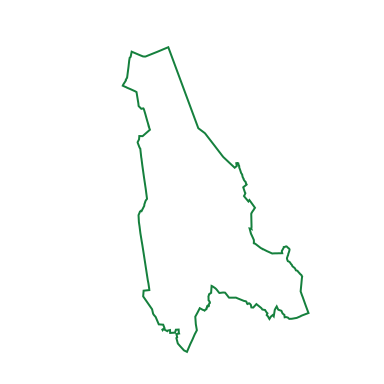 the district of Balvu pag., Balvu, Latvia, rotated 72°
{"feature_id": "27541924B22679886686853", "entity_name": "Balvu pag.", "entity_type": "district", "adm_level": 2, "iso_a3": "LVA", "parent_name": "Latvia", "parent_adm1": "Balvu", "projection": "robinson", "projection_center": [27.263, 57.093], "detail": "fine", "context": "isolated", "style": "outline", "palette": "green", "viewbox_px": 384, "rotation_deg": 72, "n_neighbors": 0, "source": "geoboundaries", "source_scale": "gbopen_adm2", "svg_char_len": 5786}
<svg xmlns="http://www.w3.org/2000/svg" viewBox="0 0 384 384"><g transform="rotate(72 192 192)"><path d="M272.7,121.7L273.1,121.8L276.0,124.9L278.1,125.1L277.1,128.4L275.4,134.0L275.3,134.7L273.2,137.0L272.2,138.1L271.5,138.9L267.9,142.5L268.0,142.6L267.4,143.1L266.7,143.7L266.4,144.0L265.2,144.8L260.7,147.9L260.1,148.8L259.8,148.8L259.6,149.0L258.8,148.6L256.7,148.0L252.2,148.5L249.8,148.8L244.9,148.5L244.5,148.5L244.9,147.7L245.3,147.0L245.4,146.9L245.2,146.9L243.7,146.2L241.4,145.5L231.4,142.5L231.1,142.3L230.9,142.3L230.7,142.2L229.2,140.5L228.1,139.0L227.8,138.6L227.2,138.0L227.1,137.8L226.9,137.6L226.5,137.0L224.2,137.7L217.4,139.9L218.0,140.8L218.4,141.3L212.6,143.6L211.9,143.8L210.9,142.7L209.8,141.8L209.6,141.6L209.2,141.7L208.6,141.8L203.4,141.8L203.3,141.5L203.2,141.5L203.1,141.3L202.7,140.1L201.8,137.7L201.7,137.7L201.6,137.8L201.2,137.9L201.0,138.0L200.6,138.0L200.0,138.0L199.6,137.9L199.3,137.8L198.8,138.1L198.5,138.2L197.2,138.7L196.0,139.0L195.4,138.8L195.1,138.9L193.6,139.2L192.6,139.1L191.9,139.1L191.1,138.9L190.5,139.0L190.2,139.1L189.6,139.3L189.2,139.4L188.9,139.4L187.2,139.4L186.4,139.4L185.2,139.4L183.8,139.5L182.6,139.4L182.1,139.1L181.6,139.1L181.0,139.2L180.3,139.3L179.8,139.3L179.5,139.2L179.1,139.1L178.8,139.4L178.6,139.5L178.4,140.0L178.3,141.0L181.1,141.4L182.1,143.9L175.6,147.5L169.2,151.0L168.7,151.3L167.2,151.9L157.0,155.5L140.7,161.3L140.2,161.5L139.4,162.0L133.3,166.3L47.0,169.8L47.1,171.5L47.9,181.0L48.6,191.6L48.8,194.4L48.0,196.6L46.0,199.0L43.3,202.1L39.9,206.0L44.5,208.6L45.1,209.8L47.8,211.2L52.9,213.5L54.6,214.3L60.7,217.2L62.2,217.9L62.5,218.1L63.3,218.4L63.7,219.1L63.9,219.2L65.0,220.4L65.5,220.4L67.6,223.0L68.6,224.2L69.5,225.0L71.9,222.4L72.1,222.1L72.7,221.6L75.2,218.7L78.6,215.0L79.8,213.9L83.1,214.4L90.3,215.5L90.9,215.6L91.0,215.6L93.7,216.2L94.0,216.1L96.4,214.9L97.2,214.5L97.4,212.5L97.7,212.3L98.4,212.3L99.0,212.2L103.5,212.3L110.4,212.6L115.0,212.7L114.9,212.8L116.2,212.9L119.8,212.8L123.6,221.7L123.5,222.0L122.5,224.8L124.9,225.8L125.4,226.0L125.7,226.2L127.8,228.3L128.2,228.4L128.7,228.4L132.8,228.2L133.8,228.1L134.6,227.9L135.0,227.8L135.3,227.9L143.5,229.6L144.2,229.7L144.4,229.7L151.2,231.0L162.5,233.0L175.0,235.1L184.6,236.9L185.0,237.4L185.6,238.4L186.0,238.7L186.2,239.0L186.5,239.3L187.2,239.7L187.7,240.1L189.0,241.1L190.4,241.7L194.6,245.9L194.1,246.3L194.2,246.5L194.6,247.6L195.3,248.1L197.5,250.0L204.2,251.8L208.4,252.5L215.1,253.8L222.9,255.0L227.0,255.6L237.0,257.2L250.5,259.4L262.2,261.3L265.5,261.7L270.8,262.6L272.1,262.9L270.9,268.5L275.7,270.5L276.2,270.7L291.2,266.2L295.7,266.6L297.0,266.3L299.6,265.2L306.4,264.6L307.6,264.5L309.3,260.4L313.0,260.2L313.7,262.7L314.3,262.6L313.5,261.5L316.7,258.5L316.3,257.9L316.5,255.6L319.3,256.3L320.5,251.6L318.0,249.9L318.7,247.2L320.6,247.7L321.5,248.0L322.6,248.0L322.3,250.7L325.6,251.0L326.1,252.0L331.7,252.3L334.8,251.0L340.1,248.6L342.5,246.2L336.2,240.7L332.3,237.0L328.2,233.4L325.0,230.1L318.8,229.2L311.6,227.4L308.2,223.8L304.9,220.5L306.4,219.1L307.5,218.0L307.7,217.8L308.0,217.3L308.3,217.0L308.7,216.7L307.9,215.3L308.0,214.6L307.9,214.5L307.5,214.2L307.2,214.1L306.8,214.0L306.7,213.8L306.6,213.6L306.6,213.4L306.5,213.2L306.3,213.1L306.1,213.1L305.9,213.2L305.6,213.1L305.4,213.0L305.2,212.8L305.1,212.6L305.2,212.4L305.3,212.1L305.5,211.9L305.7,211.7L305.8,211.4L305.7,211.3L305.5,211.1L305.3,211.0L304.4,211.1L304.1,210.6L303.6,210.2L303.4,209.9L303.3,209.7L303.0,209.7L302.9,209.6L302.8,209.4L302.8,209.2L302.5,209.1L301.9,209.1L301.4,209.2L301.0,209.3L300.8,209.4L300.5,209.6L300.1,209.7L298.8,209.3L297.8,209.0L296.3,208.6L295.9,208.2L294.6,207.4L294.4,207.1L294.5,206.9L294.0,205.9L294.0,205.5L293.8,205.3L293.7,205.1L293.7,204.9L292.8,204.6L292.6,204.5L287.4,202.4L287.5,202.3L287.9,201.8L288.4,201.4L290.3,199.9L291.4,199.2L292.5,198.7L296.1,197.4L296.3,197.3L296.4,197.2L296.5,197.1L297.2,193.5L297.3,193.2L297.4,192.9L297.7,192.2L298.0,191.6L302.1,190.1L303.0,189.8L303.3,189.7L303.7,189.6L303.8,189.5L303.9,189.4L304.0,189.2L305.6,184.4L305.7,183.9L305.8,183.7L306.0,182.9L306.7,182.1L307.4,181.3L311.6,176.3L312.0,175.6L312.5,174.7L312.9,174.3L313.1,174.2L315.3,174.1L315.5,174.0L315.6,173.9L315.8,173.7L315.7,173.4L315.5,172.8L315.4,172.6L315.5,172.1L315.6,171.9L316.0,171.6L317.0,171.1L317.5,170.9L318.2,171.0L320.1,171.2L320.8,169.6L320.8,169.4L318.5,165.4L323.7,162.0L325.5,161.4L326.8,159.0L328.0,158.7L329.8,158.2L330.7,157.7L331.3,158.3L332.1,159.0L334.0,158.1L335.1,158.0L336.7,157.6L335.4,156.1L334.8,155.3L334.0,153.3L335.5,152.7L330.5,150.1L330.2,150.0L329.7,149.7L329.3,149.3L328.2,148.2L327.0,146.8L330.4,146.4L330.7,146.2L332.6,143.7L335.5,143.4L337.5,142.1L338.1,142.3L339.8,142.6L340.0,141.2L340.6,140.3L341.0,139.7L342.7,138.7L343.3,136.7L343.5,135.6L344.1,131.3L343.7,127.0L343.5,126.5L343.4,125.0L343.1,118.6L342.7,118.6L341.0,118.7L336.1,118.9L333.3,119.0L325.7,119.2L324.5,119.3L320.1,119.4L314.1,116.8L313.9,116.7L308.1,114.2L306.3,113.3L305.8,113.5L305.6,113.6L305.4,113.6L305.0,113.6L304.8,113.7L304.6,113.7L304.5,113.8L304.0,114.1L303.2,114.6L302.7,114.8L302.2,114.9L301.9,115.1L301.6,115.3L300.8,115.6L299.7,116.0L299.4,116.2L298.6,117.4L297.6,117.5L297.0,117.6L296.2,117.8L295.2,118.4L294.3,119.0L293.9,119.3L293.3,119.5L292.5,119.5L291.8,119.7L291.1,120.1L290.3,120.3L289.5,120.5L288.9,120.7L288.4,121.1L287.8,121.7L287.4,122.2L286.4,122.3L285.2,122.3L284.4,122.2L283.9,121.9L283.4,121.5L282.9,121.1L282.5,120.9L282.0,120.4L281.7,120.1L281.4,119.9L280.8,119.7L279.9,119.0L279.0,118.3L278.0,117.6L277.6,117.4L277.1,117.1L276.7,117.0L276.4,117.0L276.1,117.1L275.8,117.2L275.3,117.5L274.9,117.8L274.6,118.0L273.8,118.4L273.2,118.7L272.9,119.0L272.8,119.4L272.8,119.9L272.9,120.4L272.9,121.0L272.7,121.4L272.7,121.7Z" fill="none" stroke="#15803d" stroke-width="2"/></g></svg>